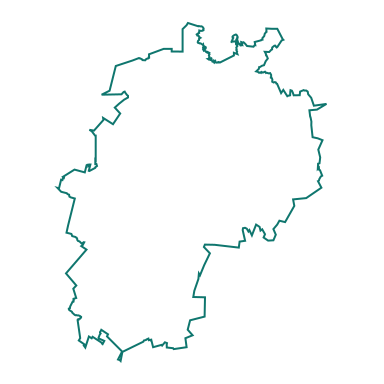 the district of El Fuerte, Sinaloa, Mexico
{"feature_id": "50627088B83457177137003", "entity_name": "El Fuerte", "entity_type": "district", "adm_level": 2, "iso_a3": "MEX", "parent_name": "Mexico", "parent_adm1": "Sinaloa", "projection": "robinson", "projection_center": [-108.711, 26.237], "detail": "fine", "context": "isolated", "style": "outline", "palette": "teal", "viewbox_px": 384, "rotation_deg": 0, "n_neighbors": 0, "source": "geoboundaries", "source_scale": "gbopen_adm2", "svg_char_len": 5717}
<svg xmlns="http://www.w3.org/2000/svg" viewBox="0 0 384 384"><path d="M153.1,347.2L161.5,344.9L162.1,345.6L164.9,342.3L167.0,343.1L166.7,344.6L166.8,347.5L173.1,348.2L173.7,349.1L186.6,347.2L185.4,338.2L192.6,335.3L187.7,329.7L190.1,320.3L204.6,316.6L205.0,297.3L193.3,297.0L194.3,290.9L198.4,279.0L198.9,273.5L200.0,275.3L204.3,264.9L209.9,253.3L203.9,247.0L204.9,244.6L214.6,244.8L238.8,247.6L239.6,241.6L245.1,240.8L242.7,230.1L243.0,228.2L245.0,227.8L246.8,228.7L248.4,231.5L249.4,230.1L251.9,235.4L256.1,224.6L259.6,226.9L260.5,230.6L262.2,229.3L265.0,234.2L263.6,237.5L268.1,240.6L273.4,240.3L275.8,234.7L273.4,229.1L277.2,224.6L279.4,220.7L285.1,222.1L294.3,205.9L293.1,199.4L306.2,198.1L321.4,187.7L318.0,181.2L318.5,181.0L319.0,180.3L319.3,179.1L320.8,176.5L322.2,175.7L320.0,170.2L319.2,169.9L319.0,169.2L318.9,167.7L317.8,168.8L318.1,163.7L319.5,163.3L320.2,157.4L318.3,149.6L322.5,140.2L317.7,138.3L312.6,137.2L311.3,125.2L311.4,121.6L310.5,117.1L310.2,116.8L309.4,110.3L317.0,109.6L326.5,103.9L313.9,105.7L311.2,97.8L308.2,94.3L307.7,91.6L306.2,90.5L304.3,90.5L303.7,90.1L300.1,91.6L299.7,95.2L293.7,95.3L292.8,92.6L291.9,90.7L290.5,90.2L290.3,91.5L290.1,95.3L289.4,95.4L288.9,95.7L288.1,95.7L287.3,96.2L283.3,89.9L281.1,93.1L277.1,83.8L276.4,83.6L275.8,82.4L275.5,82.3L274.7,82.1L273.6,82.5L272.2,81.7L272.4,79.7L271.9,78.2L270.8,77.7L270.8,77.3L271.2,77.1L271.1,74.8L270.1,73.1L268.7,73.4L266.6,72.7L266.0,73.0L265.0,71.7L262.9,72.6L262.4,72.5L261.7,72.0L261.0,72.9L260.2,72.3L259.1,72.8L257.8,71.8L256.2,71.4L258.8,68.9L259.2,67.2L259.5,67.3L262.1,65.7L264.0,65.2L265.7,61.2L267.8,58.5L266.9,56.2L266.2,55.6L266.4,55.3L265.9,54.3L266.0,54.1L264.8,51.8L269.2,52.0L271.2,49.9L272.1,49.4L272.1,48.0L272.3,47.4L274.4,45.7L275.2,45.6L276.0,46.6L276.1,47.0L276.7,47.5L277.4,46.9L281.6,40.5L283.3,39.8L282.7,39.2L277.3,28.8L271.9,28.8L266.3,28.5L266.5,31.6L266.2,31.6L266.0,32.3L264.8,33.6L264.2,36.1L262.5,38.0L262.4,38.6L262.5,39.7L261.3,39.9L261.1,40.3L254.7,42.0L255.3,45.2L254.7,45.1L253.5,46.7L247.0,46.0L245.3,43.9L243.6,42.3L242.6,42.9L241.9,42.2L241.2,42.0L241.3,43.4L242.0,43.8L242.3,45.1L241.5,44.9L241.3,45.1L241.2,44.8L240.4,44.5L240.1,44.9L239.4,43.9L238.8,43.9L238.5,43.2L237.8,43.8L236.8,42.2L237.2,41.7L237.8,41.4L237.5,40.5L236.9,41.0L237.0,41.5L236.5,42.1L235.5,41.2L236.0,41.0L236.6,40.4L236.4,39.9L237.0,39.6L236.7,39.1L237.0,38.8L237.1,38.2L237.4,38.4L237.5,38.1L237.4,37.5L237.7,37.1L237.1,35.7L236.7,35.1L235.9,34.5L234.3,35.1L232.8,36.2L232.5,36.7L232.5,37.1L233.2,37.9L232.8,38.3L232.9,38.8L232.4,39.6L232.3,40.3L231.6,41.4L231.5,41.9L231.7,42.0L232.0,41.4L232.5,41.2L233.6,41.6L234.8,41.4L235.7,41.9L236.1,42.3L236.3,43.0L236.0,43.3L236.0,44.2L236.4,44.7L237.0,44.5L237.4,46.0L236.3,47.5L236.7,49.6L236.3,50.0L237.1,51.6L236.8,52.0L236.8,52.7L237.4,54.1L233.9,52.8L233.9,55.5L220.0,62.5L218.7,62.0L218.3,62.1L218.4,62.5L216.2,62.6L215.5,61.9L215.3,61.1L215.1,61.3L214.5,61.2L214.0,60.7L213.9,61.1L214.6,62.0L214.5,62.5L214.3,62.7L213.4,61.3L212.8,61.7L212.5,61.7L212.2,61.0L211.3,59.8L210.5,60.0L210.4,59.8L210.5,59.6L211.1,59.5L211.6,59.1L211.3,58.2L211.1,58.2L211.0,58.6L210.0,58.6L209.1,59.0L208.8,59.5L207.9,58.9L208.7,58.7L209.3,57.1L209.4,56.5L208.9,55.7L208.9,55.1L209.5,54.2L209.0,53.6L209.3,52.8L207.7,52.3L207.3,52.7L206.5,52.2L206.9,51.7L205.7,51.4L204.7,50.6L204.6,49.9L203.8,50.6L203.3,49.7L205.3,48.9L205.7,48.3L205.8,47.3L204.6,46.5L204.4,47.2L204.7,48.4L203.8,48.7L203.1,48.2L203.0,47.6L203.5,46.7L203.2,44.7L203.0,45.0L201.2,43.7L199.9,43.2L199.7,43.4L198.0,42.8L197.7,42.2L198.1,40.8L199.1,39.9L199.1,38.5L200.4,37.8L199.1,36.9L198.7,35.9L198.2,35.5L197.4,35.6L196.7,34.4L197.7,33.7L199.1,33.0L198.9,32.3L199.2,32.0L199.3,30.5L200.7,30.9L201.9,30.9L203.4,30.3L203.6,30.0L203.2,29.4L203.6,28.4L202.8,27.2L202.1,26.6L201.4,26.3L200.4,26.4L198.7,26.0L198.3,26.3L187.9,23.0L186.6,25.2L182.6,29.1L182.6,51.6L171.7,51.5L171.7,48.9L163.6,48.9L149.0,54.3L149.1,57.0L148.8,56.9L148.6,57.3L148.9,58.0L148.4,58.4L146.4,58.9L145.2,60.3L142.5,60.1L142.4,59.7L142.0,59.3L139.7,58.2L139.2,58.4L138.8,58.1L132.5,60.5L115.8,66.0L109.6,90.7L101.6,94.7L121.5,94.3L123.6,92.0L124.7,91.6L125.2,92.6L127.0,95.0L128.0,95.8L128.0,97.5L124.1,99.7L119.1,103.7L114.8,107.6L120.2,113.5L113.0,124.2L103.1,117.9L103.4,120.0L94.0,130.6L89.4,129.8L91.8,131.3L95.4,136.0L95.7,135.9L95.7,160.1L95.3,159.7L95.3,164.1L96.4,164.0L97.0,166.0L95.3,167.3L95.2,167.9L89.4,171.0L88.8,170.8L90.4,164.5L90.1,164.5L89.6,165.2L88.5,166.0L88.6,164.6L87.2,164.8L86.6,165.2L84.8,172.4L74.5,169.6L63.0,176.8L64.0,177.4L63.8,178.2L63.0,178.0L62.4,180.1L61.1,179.7L59.0,188.3L57.5,187.9L61.2,191.8L66.8,193.2L67.5,194.1L69.1,194.7L69.4,196.6L70.8,197.4L74.8,198.5L68.1,225.4L66.5,232.7L71.3,233.9L71.5,234.1L72.2,236.1L75.5,237.0L75.9,237.5L76.6,237.7L77.2,238.9L77.2,239.8L78.1,241.0L79.5,241.4L81.6,243.5L82.0,243.5L83.7,242.2L84.2,242.3L82.7,245.1L81.3,246.1L86.5,249.6L66.0,273.4L76.3,285.5L73.3,288.7L76.2,298.0L73.5,298.8L73.5,299.1L73.9,299.1L73.5,301.7L73.0,301.9L72.6,301.7L70.2,306.4L69.9,308.2L68.8,308.6L68.8,309.1L69.3,310.1L71.7,311.6L72.0,311.9L72.2,312.6L74.7,314.9L75.8,315.3L76.3,315.1L77.2,315.4L78.6,315.4L80.3,316.2L80.4,316.7L81.1,316.9L81.1,317.4L80.2,318.6L78.2,319.3L78.4,319.8L77.6,320.1L80.2,338.1L78.8,340.5L84.3,344.3L83.7,345.4L85.3,347.6L88.9,336.5L91.7,338.3L92.6,336.8L101.5,342.6L102.0,343.6L102.6,344.1L104.3,340.9L98.8,338.5L98.5,337.9L99.7,334.8L100.6,333.5L100.0,332.7L100.0,332.1L100.7,331.1L101.3,329.8L108.0,334.3L107.0,336.4L122.1,351.5L118.0,359.5L118.9,359.8L119.2,359.6L120.6,361.0L122.4,351.9L143.3,341.7L143.9,340.5L146.0,340.0L146.4,339.5L148.4,338.6L148.8,340.2L151.1,339.7L151.1,340.1L151.3,340.0L153.1,347.2Z" fill="none" stroke="#0f766e" stroke-width="2"/></svg>